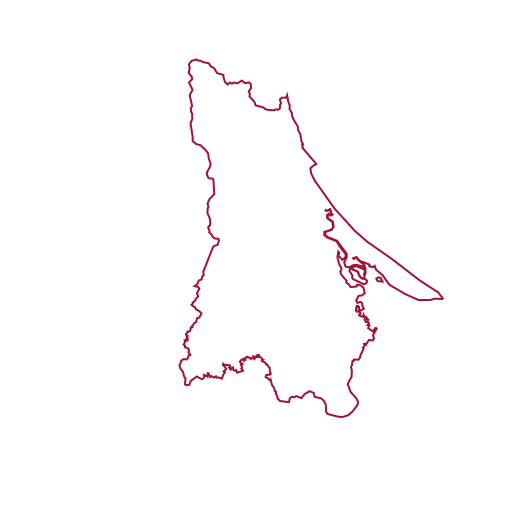 Pedernales, Manabi, Ecuador (Natural Earth projection), rotated 129°
{"feature_id": "8360857B91942112022560", "entity_name": "Pedernales", "entity_type": "district", "adm_level": 2, "iso_a3": "ECU", "parent_name": "Ecuador", "parent_adm1": "Manabi", "projection": "natural_earth1", "projection_center": [-79.906, 0.068], "detail": "fine", "context": "isolated", "style": "outline", "palette": "rose", "viewbox_px": 512, "rotation_deg": 129, "n_neighbors": 0, "source": "geoboundaries", "source_scale": "gbopen_adm2", "svg_char_len": 6158}
<svg xmlns="http://www.w3.org/2000/svg" viewBox="0 0 512 512"><g transform="rotate(129 256 256)"><path d="M384.2,248.2L389.6,246.3L391.1,243.7L392.1,239.5L394.4,236.9L395.8,233.5L400.5,230.4L400.2,228.9L398.0,226.8L394.1,228.1L386.9,226.2L385.9,220.7L384.5,219.8L382.4,220.3L381.2,221.6L380.3,217.8L377.5,219.8L377.0,219.0L378.9,215.6L377.3,215.0L377.0,212.1L374.7,211.4L375.3,210.1L373.4,207.8L372.9,205.4L367.9,206.9L365.8,206.9L366.0,208.5L362.3,208.1L361.4,213.3L360.4,213.7L360.4,211.9L357.5,207.8L358.1,206.1L359.5,206.7L360.3,204.1L357.2,203.7L358.8,201.8L358.7,200.4L357.1,199.6L358.5,197.3L353.6,193.9L352.9,194.5L352.9,196.4L351.4,196.5L350.0,199.4L348.5,198.5L348.4,202.0L345.1,201.9L344.6,201.3L345.0,199.6L343.6,200.3L343.2,199.0L341.7,200.3L339.6,199.2L340.0,198.3L338.8,196.5L339.2,195.1L336.9,194.5L335.7,195.0L335.5,194.0L337.0,193.4L337.2,192.4L334.7,192.6L333.6,191.2L332.9,192.9L331.0,191.6L331.8,190.2L331.9,186.7L332.8,185.9L332.5,185.4L333.7,185.7L333.9,184.9L332.9,181.7L334.0,180.1L333.2,179.0L334.0,177.6L334.3,174.9L336.9,172.8L337.6,171.3L338.4,171.3L338.5,170.4L339.7,170.7L342.0,173.1L344.1,172.3L343.5,169.7L344.0,167.7L343.6,166.8L342.8,166.9L346.2,162.4L347.2,158.6L349.0,156.7L349.0,154.7L350.2,154.3L352.1,150.4L353.1,149.9L353.6,146.1L348.8,138.4L345.4,140.1L342.8,139.6L341.8,137.4L339.6,136.6L337.9,131.3L332.5,131.3L327.3,129.2L326.1,124.9L328.5,121.8L325.7,115.9L325.8,112.3L327.7,108.1L333.0,103.5L333.7,100.8L328.8,90.3L326.1,86.9L321.3,84.0L315.5,83.1L308.1,83.4L305.0,84.8L303.4,88.5L302.1,97.0L297.7,104.2L289.5,105.8L284.5,109.6L282.7,112.2L280.0,112.9L277.8,114.5L276.6,114.9L275.8,114.0L274.8,114.7L272.1,111.1L269.2,111.3L267.7,112.3L260.4,114.0L260.0,114.9L259.1,114.1L259.6,115.0L257.2,115.2L256.3,116.7L255.5,115.8L255.7,114.7L250.2,115.4L248.1,112.1L246.0,112.2L243.8,115.3L236.5,116.5L236.4,117.5L237.2,118.0L241.1,117.7L241.5,123.5L238.4,124.2L238.2,124.9L239.2,125.7L237.0,126.0L236.9,127.1L238.2,129.1L237.2,131.7L235.1,131.7L235.7,128.7L234.9,128.5L234.2,131.7L234.6,133.9L233.9,135.4L235.8,134.3L237.3,138.1L236.5,139.1L235.0,138.4L234.5,138.9L234.0,141.3L235.7,142.2L235.9,142.8L235.6,143.9L234.9,144.6L231.8,146.2L231.0,146.1L230.6,145.3L230.8,143.7L233.3,141.4L231.8,140.0L229.1,139.0L227.6,142.2L225.6,144.6L226.0,145.9L228.6,147.8L227.5,150.2L222.4,151.2L220.0,148.9L216.4,148.1L213.1,152.5L212.9,156.0L214.2,158.8L214.8,159.3L216.4,158.7L220.6,162.9L219.5,166.5L219.9,168.2L219.6,169.4L218.3,169.8L216.9,177.7L215.1,180.7L213.3,180.8L211.5,182.2L210.5,185.5L205.7,192.0L201.2,194.6L201.7,193.5L200.1,193.8L203.9,192.1L204.6,186.3L200.1,185.8L198.1,187.7L195.8,197.8L193.8,202.7L196.9,212.4L196.8,216.1L194.2,218.1L188.1,214.1L184.9,214.3L181.4,218.2L181.9,223.8L181.3,225.1L179.6,226.5L177.4,226.2L177.3,223.9L176.6,223.5L173.2,227.6L175.8,228.7L177.0,230.5L176.4,230.8L175.7,228.9L173.1,228.2L172.9,227.5L175.9,223.4L175.7,222.6L177.4,223.1L177.9,225.8L180.7,225.1L181.4,223.2L180.9,218.0L184.3,214.1L188.0,213.6L193.9,217.3L196.0,215.6L196.1,211.9L193.1,202.6L197.2,186.9L199.9,184.7L205.5,183.4L207.9,179.6L205.9,176.4L201.8,174.6L199.8,172.7L197.1,166.7L196.5,163.7L195.0,165.8L194.8,173.6L194.2,177.0L194.8,177.9L196.7,178.0L196.8,178.5L196.2,180.0L196.5,178.1L194.9,178.1L193.6,177.3L194.5,172.4L191.4,163.0L191.5,161.9L192.5,161.7L192.5,160.5L190.8,158.0L189.0,157.5L191.1,154.1L191.2,145.7L194.4,134.3L191.6,115.7L187.8,101.7L180.4,92.8L176.3,89.9L172.4,84.3L171.4,84.2L169.6,91.3L171.9,112.6L172.8,148.3L174.9,178.5L174.3,195.0L169.7,224.8L160.5,257.6L157.2,265.0L153.7,268.9L150.2,268.5L146.6,267.0L142.6,288.2L141.6,288.4L140.5,290.2L139.5,289.8L138.2,292.9L133.6,298.0L131.6,302.7L129.0,305.1L126.3,312.7L124.3,316.3L122.4,317.9L120.6,322.5L117.6,324.7L116.1,327.6L111.5,333.0L114.0,332.2L116.6,335.5L119.4,335.9L121.6,332.6L123.3,332.5L125.9,330.5L128.2,330.6L129.8,333.1L131.4,333.7L134.9,338.7L136.2,341.7L135.8,343.5L139.2,351.1L137.4,353.8L136.1,361.4L133.8,362.9L132.6,365.3L128.9,365.3L125.8,368.1L125.5,369.2L125.8,371.2L128.5,373.0L128.7,377.5L133.6,379.1L135.1,382.4L137.2,383.1L137.7,385.5L140.5,385.9L140.3,389.5L137.7,393.6L135.8,395.3L138.4,401.3L136.4,406.7L137.1,410.4L135.9,413.8L138.7,419.3L139.0,421.8L140.5,423.8L140.6,425.9L145.0,428.9L149.3,428.7L151.6,425.8L156.1,423.6L157.2,418.6L158.7,416.9L163.3,417.3L166.8,409.8L172.7,408.8L179.7,400.0L182.3,399.6L184.7,397.3L185.5,395.3L189.6,391.7L193.9,390.5L203.9,379.6L206.5,377.7L206.6,372.8L204.7,368.5L205.3,365.6L205.0,363.6L206.4,357.8L210.1,353.9L212.6,349.5L216.2,347.6L220.8,347.1L223.4,345.7L225.2,342.4L225.1,341.2L223.1,338.4L223.3,337.4L234.2,327.3L241.0,328.0L245.8,326.6L248.1,323.5L249.4,323.6L253.4,320.5L255.8,315.7L258.9,312.4L261.3,311.0L262.9,311.5L264.2,310.9L265.2,308.4L267.1,307.3L267.2,304.4L268.5,301.1L268.4,299.2L266.3,296.0L267.2,294.6L271.3,292.9L274.9,294.9L276.8,294.8L301.6,287.0L303.7,284.6L306.2,284.8L308.3,283.5L311.1,285.0L315.0,283.9L318.0,284.7L316.5,281.4L317.0,279.5L322.2,278.4L323.9,275.5L327.7,275.8L329.0,275.1L331.8,276.0L332.6,275.1L334.5,275.4L334.7,272.8L334.0,271.8L335.2,269.0L334.5,265.5L334.8,262.3L339.5,261.3L341.2,262.6L345.3,261.0L347.6,261.9L349.4,261.2L350.9,261.7L351.4,260.7L353.0,261.6L355.4,260.0L357.8,260.9L357.8,261.6L360.0,260.8L360.6,261.3L361.8,259.9L361.3,258.7L362.8,258.5L362.9,257.2L364.0,256.4L364.7,256.8L364.5,257.8L365.2,257.9L365.4,256.7L366.5,258.3L367.6,256.9L370.3,256.6L370.4,254.6L371.7,253.9L370.6,251.4L371.0,249.1L373.5,247.7L373.8,245.1L374.4,244.8L375.4,245.8L378.2,244.7L380.2,244.9L381.6,247.3L384.2,248.2ZM207.3,174.8L208.8,173.9L210.6,168.5L212.4,167.7L212.9,166.3L210.1,154.5L207.6,153.0L205.3,154.2L205.2,156.7L206.7,159.0L206.9,161.3L206.3,163.7L204.2,167.4L205.8,172.2L206.0,174.4L207.3,174.8ZM206.6,161.3L206.2,158.7L204.7,157.8L202.3,160.5L198.1,162.3L200.6,171.2L202.1,172.9L205.4,174.0L205.6,172.6L204.0,167.1L204.3,165.9L205.6,164.9L206.6,161.3ZM197.8,148.3L199.0,145.7L196.2,141.5L194.6,145.4L195.4,147.3L197.8,148.3ZM231.6,146.0L235.1,144.3L235.7,142.4L233.8,141.3L231.5,143.2L230.7,145.3L231.6,146.0ZM198.6,161.4L201.3,160.7L202.4,159.0L198.6,161.4Z" fill="none" stroke="#9f1239" stroke-width="2"/></g></svg>